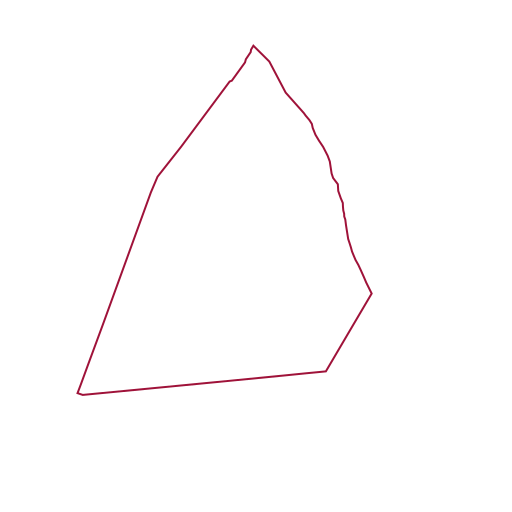 the district of Mubark-Sharq Tafrea, Bur Sa`id, Egypt, rotated 22°
{"feature_id": "37247803B27460825727162", "entity_name": "Mubark-Sharq Tafrea", "entity_type": "district", "adm_level": 2, "iso_a3": "EGY", "parent_name": "Egypt", "parent_adm1": "Bur Sa`id", "projection": "orthographic", "projection_center": [32.444, 31.075], "detail": "fine", "context": "isolated", "style": "outline", "palette": "rose", "viewbox_px": 512, "rotation_deg": 22, "n_neighbors": 0, "source": "geoboundaries", "source_scale": "gbopen_adm2", "svg_char_len": 902}
<svg xmlns="http://www.w3.org/2000/svg" viewBox="0 0 512 512"><g transform="rotate(22 256 256)"><path d="M377.3,247.5L377.0,247.2L368.1,239.3L364.1,235.3L358.7,230.1L354.2,225.9L349.8,222.4L346.6,219.2L343.3,215.8L340.8,212.5L338.0,209.1L335.1,205.7L327.9,193.7L325.1,188.7L323.0,186.3L321.9,183.8L319.9,181.1L318.1,177.6L316.6,174.3L313.0,170.7L307.9,164.9L305.0,158.8L298.3,154.8L295.2,151.2L289.0,140.7L284.9,136.2L277.4,129.7L271.1,125.4L265.7,121.3L260.6,116.0L258.3,112.6L254.5,109.9L249.4,107.2L246.9,105.6L222.3,93.4L195.5,70.7L174.8,62.0L174.1,66.6L174.7,68.9L172.9,77.4L173.3,80.6L167.9,102.5L166.2,104.1L145.6,182.9L135.0,219.3L134.7,236.4L139.7,376.7L141.0,419.7L141.7,440.8L141.9,450.0L147.4,449.7L205.1,419.7L214.7,414.7L214.9,414.6L265.8,388.1L322.7,358.4L325.6,356.9L347.1,345.6L352.7,342.7L364.0,336.8L371.8,284.3L377.3,247.5Z" fill="none" stroke="#9f1239" stroke-width="2"/></g></svg>